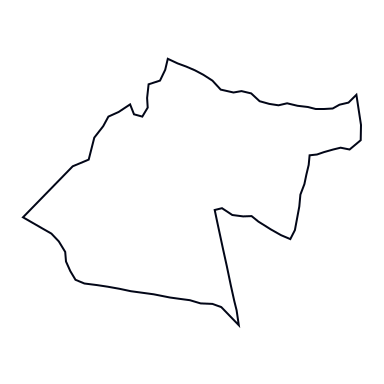 Pindoretama, Ceará, Brazil (Natural Earth projection)
{"feature_id": "56859067B47488412612818", "entity_name": "Pindoretama", "entity_type": "district", "adm_level": 2, "iso_a3": "BRA", "parent_name": "Brazil", "parent_adm1": "Ceará", "projection": "natural_earth1", "projection_center": [-38.296, -4.057], "detail": "fine", "context": "isolated", "style": "outline", "palette": "ink", "viewbox_px": 384, "rotation_deg": 0, "n_neighbors": 0, "source": "geoboundaries", "source_scale": "gbopen_adm2", "svg_char_len": 1154}
<svg xmlns="http://www.w3.org/2000/svg" viewBox="0 0 384 384"><path d="M23.0,217.3L42.8,228.7L51.4,233.6L58.8,241.4L65.2,251.9L66.0,261.5L70.3,271.1L75.5,279.8L84.4,283.5L97.1,285.1L107.7,286.7L119.5,288.8L130.8,291.2L153.7,294.3L169.9,297.5L179.3,298.8L189.9,300.2L200.6,303.4L212.4,303.9L221.3,307.1L229.6,315.7L238.8,325.2L236.6,310.3L234.3,301.1L230.8,285.3L226.8,266.1L223.0,248.9L217.5,223.3L214.7,210.0L222.0,208.2L232.3,215.0L243.1,216.4L251.6,216.1L258.4,221.6L271.0,229.5L281.1,235.2L290.3,239.1L294.9,230.1L299.3,206.5L300.4,194.6L304.4,184.1L306.4,174.5L308.7,164.9L309.6,155.3L317.0,154.5L324.0,152.1L333.2,149.5L340.6,147.7L349.6,149.5L360.7,140.2L361.0,125.0L356.4,94.8L348.5,102.6L339.5,104.7L332.7,108.5L324.0,109.0L315.7,109.0L307.9,107.0L297.6,105.8L287.1,103.3L278.5,105.3L269.3,103.9L259.6,101.2L251.2,93.4L241.5,91.1L233.5,92.5L220.7,89.6L212.4,80.6L203.2,74.7L194.9,70.3L186.3,66.6L177.6,63.4L167.8,58.8L165.2,69.8L160.0,80.6L148.6,84.3L147.1,98.0L147.7,107.6L142.3,116.6L134.0,114.3L130.1,104.4L118.6,112.0L108.4,116.6L103.2,126.2L94.3,137.6L88.7,159.6L72.7,166.3L23.0,217.3Z" fill="none" stroke="#020617" stroke-width="2"/></svg>